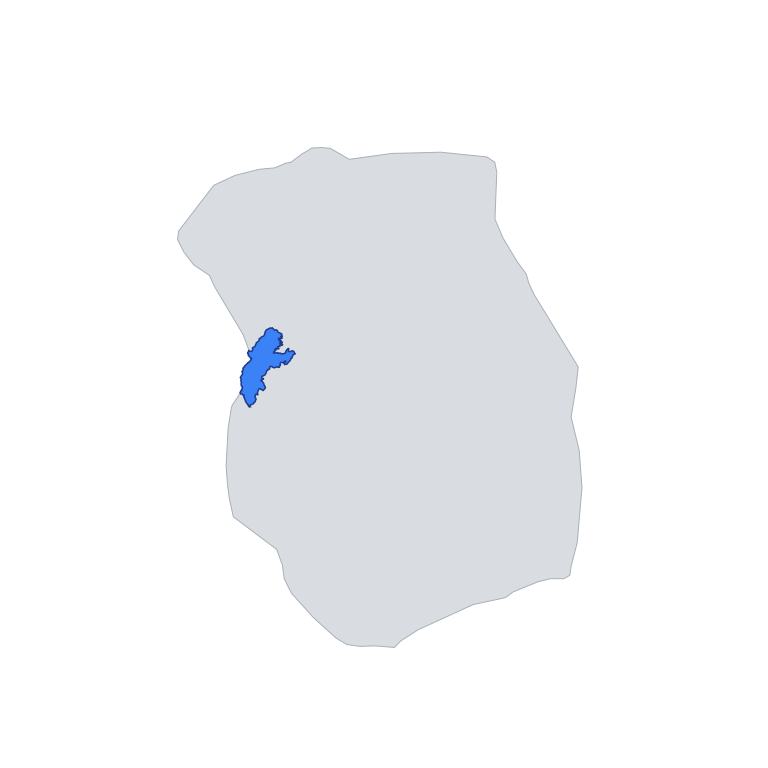 Qanya, Qacha's Nek, Lesotho shown in context, rotated 117°
{"feature_id": "5366337B93749016515077", "entity_name": "Qanya", "entity_type": "district", "adm_level": 2, "iso_a3": "LSO", "parent_name": "Lesotho", "parent_adm1": "Qacha's Nek", "projection": "mercator", "projection_center": [28.412, -30.083], "detail": "fine", "context": "in_parent", "style": "filled", "palette": "blue", "viewbox_px": 768, "rotation_deg": 117, "n_neighbors": 0, "source": "geoboundaries", "source_scale": "gbopen_adm2", "svg_char_len": 6965}
<svg xmlns="http://www.w3.org/2000/svg" viewBox="0 0 768 768"><g transform="rotate(117 384 384)"><path d="M493.8,503.0L474.6,509.1L472.0,509.6L459.7,508.2L443.3,509.6L430.4,513.0L420.4,514.2L404.1,531.7L374.4,578.9L366.5,588.8L364.3,607.4L357.4,622.1L349.0,633.6L340.8,636.4L316.0,631.8L284.3,625.9L265.9,611.6L249.5,592.9L240.9,579.3L231.8,571.8L228.7,567.6L215.8,561.3L211.0,558.0L206.7,555.7L201.5,546.7L198.4,538.8L199.6,517.0L190.5,503.9L175.0,481.7L165.2,463.5L151.7,438.7L143.5,417.4L135.0,395.5L136.1,386.0L144.2,379.6L168.1,368.6L186.7,360.0L199.9,344.3L214.4,321.1L221.5,307.1L228.5,300.7L236.2,290.8L249.6,268.9L264.6,244.7L280.6,218.7L300.8,211.1L328.3,202.4L354.9,179.7L386.4,160.6L437.4,139.9L461.1,134.6L470.1,131.6L475.9,135.5L481.9,147.4L490.6,157.3L510.7,174.6L519.2,178.8L540.0,204.4L562.2,222.0L587.7,242.2L605.1,252.3L614.0,255.1L621.4,273.1L628.8,286.5L633.0,299.0L632.2,311.2L624.1,341.1L612.3,371.7L602.9,384.4L591.4,392.4L580.1,404.5L575.8,429.1L570.7,458.0L556.0,470.0L544.6,477.8L528.8,487.4L493.8,503.0Z" fill="#d9dde1" stroke="#a8b0b8" stroke-width="1"/><path d="M415.4,519.4L415.6,519.7L416.6,519.5L417.8,519.7L418.6,519.4L418.6,518.7L418.9,518.3L419.7,518.2L420.0,518.1L420.2,517.3L420.5,517.0L420.7,515.9L421.0,515.6L421.2,515.3L421.3,514.6L421.2,514.1L421.6,514.1L421.5,513.8L421.7,513.5L422.0,513.3L423.9,513.7L424.3,513.7L425.7,514.4L426.5,514.4L426.8,514.6L426.9,515.0L427.7,515.1L429.3,515.7L430.2,515.8L430.9,516.3L431.7,516.2L432.3,516.3L433.1,516.7L433.5,516.8L434.4,516.7L434.9,516.1L435.2,515.9L437.2,516.0L437.4,516.2L437.6,516.0L437.6,515.7L438.0,515.4L439.7,514.4L440.2,514.5L440.9,514.8L442.5,514.9L443.3,515.0L443.5,514.9L444.0,514.3L444.2,514.1L444.4,513.6L444.8,513.4L446.2,513.0L446.8,512.2L448.8,511.3L449.2,511.2L449.5,510.9L450.3,510.4L450.5,510.1L450.6,509.1L451.3,508.6L451.8,508.5L452.3,508.3L453.0,508.1L453.5,508.2L454.3,507.8L454.6,507.8L454.8,508.2L455.3,508.4L456.7,508.3L457.2,508.2L457.4,507.6L457.6,507.4L457.6,507.0L457.8,506.9L457.4,506.5L457.4,506.3L457.5,506.2L457.4,505.8L457.4,505.4L457.6,504.9L457.7,504.6L457.8,504.4L457.7,504.1L458.0,504.1L457.9,503.7L458.0,503.2L458.8,503.1L459.3,502.9L459.5,502.5L459.8,502.4L459.9,502.0L460.4,501.4L460.8,501.1L461.1,500.5L461.9,500.0L462.3,498.9L462.7,498.8L463.2,498.3L463.6,497.1L463.9,496.7L463.9,496.3L464.2,496.0L464.3,495.4L464.6,495.2L464.8,495.2L465.2,494.6L465.3,494.2L465.5,494.1L465.5,493.5L465.2,493.2L464.9,492.7L464.3,493.6L464.0,493.7L463.5,493.7L463.0,493.4L462.6,492.8L460.9,491.4L460.6,491.3L459.9,491.5L459.6,491.5L458.5,490.8L458.1,490.7L456.6,491.1L455.5,491.1L454.8,492.1L454.7,492.4L454.7,492.5L454.1,493.3L453.9,493.4L453.5,493.2L451.7,493.7L451.3,493.4L451.2,492.4L450.9,491.7L450.6,491.6L450.3,491.7L450.2,491.9L450.0,492.2L449.6,492.8L449.1,492.8L448.6,492.9L447.2,493.1L444.9,493.1L444.4,492.4L444.3,492.2L444.3,491.9L444.6,491.5L444.6,491.2L444.6,490.4L444.7,489.4L444.6,488.9L444.5,488.5L444.3,488.5L444.0,488.6L443.1,488.4L442.5,488.0L442.1,488.2L441.2,488.0L440.9,488.1L440.6,488.6L440.2,488.8L439.5,490.1L439.3,490.4L438.6,490.9L437.9,491.7L437.6,492.7L437.0,493.4L437.0,493.8L437.2,494.4L437.1,494.8L437.0,495.1L436.3,495.3L436.1,495.3L435.4,494.3L434.7,494.1L434.5,493.7L434.3,493.7L433.9,494.0L433.9,494.4L434.2,495.3L434.1,495.6L433.7,496.0L433.0,496.2L432.3,496.1L432.0,495.9L431.6,495.3L430.2,494.3L430.0,494.2L427.8,494.0L427.2,494.3L426.5,494.4L425.6,494.5L425.2,494.4L424.9,494.0L424.7,493.8L424.1,493.9L423.8,493.9L423.4,493.8L423.2,493.2L422.8,492.9L422.5,492.8L420.8,493.4L420.1,493.5L419.8,493.3L419.9,492.9L419.8,492.7L419.4,491.9L419.3,491.5L419.6,490.7L419.6,489.7L419.2,489.0L418.6,488.3L417.6,487.4L417.3,486.9L417.2,485.9L416.8,485.1L416.6,484.9L416.2,484.8L415.7,485.3L415.3,485.3L414.4,484.9L414.1,484.9L413.1,485.8L412.8,485.9L412.2,485.8L411.5,485.5L411.2,485.1L411.0,483.9L410.9,483.6L410.4,483.3L410.0,483.1L408.9,482.9L408.4,482.6L408.3,482.1L408.4,481.9L409.2,481.8L410.1,482.5L410.7,482.5L411.5,481.8L411.8,481.5L411.7,481.2L411.1,480.6L410.4,479.5L410.0,479.4L409.8,479.4L409.2,479.2L408.2,479.1L406.1,478.3L405.1,478.3L404.9,478.3L404.5,478.5L404.1,478.3L403.5,478.5L403.1,478.4L402.8,477.9L402.5,477.8L401.7,477.9L401.4,478.1L400.9,478.1L398.9,478.1L398.5,477.9L398.3,477.8L398.1,477.2L397.8,476.9L397.4,476.9L396.8,477.9L396.2,478.7L395.9,479.6L395.9,480.4L395.9,480.7L397.2,481.8L398.2,483.2L398.2,483.7L398.0,484.1L397.8,484.4L397.4,484.6L395.9,484.7L395.7,485.1L395.8,485.4L395.9,485.5L396.7,485.8L397.2,485.9L397.6,486.1L399.1,486.3L399.5,486.3L400.1,486.2L400.3,485.9L400.6,485.9L401.7,486.1L401.9,486.6L402.0,486.9L402.6,487.3L402.9,487.9L403.4,488.4L403.7,488.6L403.6,490.4L403.6,490.6L403.9,490.9L404.1,491.4L404.8,492.0L404.4,492.8L404.3,493.0L404.7,493.4L405.2,494.0L405.9,495.5L406.4,495.8L406.5,496.0L406.4,496.1L406.0,496.1L405.9,496.3L406.0,496.4L406.3,496.4L406.3,496.6L405.4,496.9L405.1,496.7L404.8,496.6L404.1,496.1L403.8,496.0L403.4,495.8L403.1,495.8L402.9,496.1L403.1,496.6L402.9,496.8L401.8,496.7L401.3,496.3L401.3,496.1L401.6,496.0L401.7,495.9L401.5,495.1L400.9,494.8L400.6,494.5L400.7,494.1L400.3,493.7L400.0,494.1L400.0,494.6L399.7,494.9L399.6,495.3L399.5,495.5L399.0,495.7L398.5,495.1L398.3,494.6L397.8,493.8L397.0,494.3L396.5,494.5L396.3,494.4L396.2,494.3L396.2,493.9L395.9,492.4L395.4,492.3L395.1,492.2L394.9,492.3L394.8,492.7L394.8,493.2L394.8,493.4L395.0,493.5L395.3,493.6L395.5,493.9L395.4,494.1L395.1,494.2L394.9,494.0L394.6,494.2L394.4,494.5L394.5,494.9L394.9,495.2L394.8,495.5L394.4,495.4L394.2,495.3L393.8,494.0L393.6,493.7L393.4,493.5L392.9,493.6L393.0,494.2L393.1,494.4L393.4,494.7L393.2,495.1L392.7,495.1L392.4,495.1L392.2,495.5L392.4,495.9L392.8,496.6L393.0,497.1L392.8,497.3L392.6,497.3L392.1,496.9L391.4,496.6L391.2,496.8L391.2,497.0L392.0,498.0L391.9,498.2L391.2,498.0L391.3,498.5L391.1,498.4L390.9,498.1L390.6,497.4L389.9,496.7L389.8,495.9L389.7,495.8L389.5,496.5L388.5,497.6L388.4,497.5L388.5,497.2L388.2,496.7L388.3,496.5L388.4,496.3L388.2,496.1L387.9,496.3L387.6,496.4L386.8,497.3L386.4,497.5L385.9,497.7L385.8,497.9L385.8,498.5L386.0,499.0L385.9,499.1L385.8,499.3L386.0,502.0L385.6,502.4L385.4,502.5L385.1,502.7L385.1,503.1L384.9,503.3L384.6,504.2L384.6,504.5L384.8,504.9L385.2,505.1L385.4,505.4L385.5,505.6L385.5,506.0L385.6,506.6L385.3,506.9L385.2,507.2L385.1,508.1L385.1,508.3L384.7,508.8L384.7,509.1L385.0,509.3L385.7,510.2L385.7,510.6L385.9,511.0L386.4,511.4L386.9,511.5L387.2,511.9L387.7,512.2L387.9,512.3L388.9,513.3L391.6,513.6L392.1,513.5L392.8,512.9L393.6,513.1L394.1,512.9L395.6,512.9L396.1,513.1L396.6,513.5L396.9,513.9L397.7,514.4L397.9,514.6L399.1,514.6L400.0,515.7L400.4,515.7L401.0,515.5L401.6,515.2L402.7,515.2L403.4,515.5L404.0,515.9L404.7,516.1L405.2,516.5L405.8,516.2L408.1,516.2L409.1,516.0L409.6,516.1L410.3,516.9L411.6,517.6L411.9,517.6L412.3,517.3L412.6,516.6L413.2,516.5L414.6,516.6L415.0,516.7L415.2,517.0L415.4,517.4L415.6,517.9L415.6,518.9L415.4,519.4Z" fill="#3b82f6" stroke="#1e3a8a" stroke-width="1.5"/></g></svg>